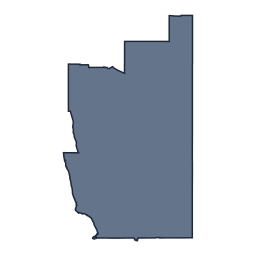 Mount Remarkable, South Australia, Australia (Mercator projection)
{"feature_id": "25037944B97955965068321", "entity_name": "Mount Remarkable", "entity_type": "district", "adm_level": 2, "iso_a3": "AUS", "parent_name": "Australia", "parent_adm1": "South Australia", "projection": "mercator", "projection_center": [138.036, -32.718], "detail": "fine", "context": "isolated", "style": "filled", "palette": "slate", "viewbox_px": 256, "rotation_deg": 0, "n_neighbors": 0, "source": "geoboundaries", "source_scale": "gbopen_adm2", "svg_char_len": 4732}
<svg xmlns="http://www.w3.org/2000/svg" viewBox="0 0 256 256"><path d="M68.4,64.1L68.4,111.2L70.3,111.2L73.1,120.7L73.2,121.0L73.3,122.9L73.2,123.2L73.2,123.6L72.8,126.2L72.7,126.7L72.8,127.0L72.8,127.4L73.3,129.4L73.4,129.9L73.4,130.2L73.4,130.5L73.2,131.5L73.2,131.8L73.2,132.1L73.2,132.4L73.3,132.7L73.4,133.0L74.0,134.5L74.1,134.9L74.2,135.1L74.2,135.4L74.2,136.5L74.3,136.8L74.3,137.1L76.2,141.6L76.3,141.9L76.3,142.3L76.4,142.7L76.2,145.2L76.2,145.5L76.2,145.8L77.9,151.5L78.2,152.1L78.6,152.8L63.5,152.7L63.6,153.5L63.7,154.2L63.7,155.0L63.8,155.5L63.7,155.8L63.8,156.0L63.9,156.5L64.0,157.2L64.1,157.5L64.1,157.8L64.2,158.6L64.5,159.6L64.5,160.0L64.8,160.1L64.5,160.2L64.5,160.3L64.7,160.9L65.0,161.6L65.3,162.3L65.5,162.7L65.6,163.0L65.7,163.3L65.8,164.1L65.8,164.4L65.8,164.5L65.7,165.4L65.9,166.4L65.9,166.5L66.0,166.6L66.3,166.9L66.6,167.1L66.8,167.4L66.8,167.5L66.7,167.4L66.5,167.2L66.4,167.2L66.4,167.3L66.5,167.5L66.6,167.9L66.8,168.3L67.0,168.5L67.3,169.0L67.5,169.4L67.6,169.7L67.7,169.8L68.0,170.3L68.1,170.5L68.5,171.4L68.8,172.4L69.0,173.0L69.3,174.0L69.3,174.5L69.5,175.0L69.6,175.9L69.8,176.4L69.8,176.9L69.8,177.2L69.9,177.6L70.0,178.2L69.9,178.5L70.1,179.1L70.2,179.6L70.4,180.5L70.6,181.0L70.6,181.4L70.7,181.7L70.8,181.9L70.9,182.2L70.9,182.7L71.0,183.2L71.1,184.2L71.1,184.5L71.1,185.0L71.2,185.4L71.3,185.6L71.6,186.6L71.9,187.6L72.1,188.2L72.2,188.8L72.2,189.3L72.2,189.8L72.3,190.2L72.4,191.0L72.5,192.0L72.4,192.5L72.5,193.2L72.5,193.3L72.5,193.5L72.8,194.1L72.9,194.3L72.9,194.7L73.0,195.2L73.3,195.9L73.4,196.3L73.5,196.5L73.8,197.5L74.5,198.8L74.6,199.1L74.6,199.5L74.9,199.8L75.0,200.1L75.1,200.3L75.1,200.7L75.2,200.9L75.3,201.1L75.4,201.3L75.7,201.9L76.0,202.7L76.2,202.8L76.3,202.9L76.5,202.9L76.5,203.1L76.4,203.3L76.3,203.6L76.3,204.2L76.2,204.6L76.1,205.0L76.3,205.2L76.5,205.0L76.9,205.1L76.9,205.3L76.7,205.7L76.4,206.1L76.3,206.5L76.2,206.8L76.1,207.2L76.0,207.5L76.0,207.8L75.9,207.9L75.8,208.1L75.5,208.3L75.6,208.7L75.6,208.9L75.6,209.1L75.4,209.5L75.4,209.8L75.4,210.0L75.5,210.1L75.9,210.7L76.2,210.9L76.5,211.2L76.9,211.5L77.2,211.8L77.4,212.0L77.5,212.0L77.8,212.2L77.9,212.3L78.0,212.5L78.2,212.8L78.3,213.0L78.6,213.1L78.8,213.1L79.1,213.1L79.3,212.9L79.4,212.7L79.7,212.7L80.1,212.8L80.9,213.1L81.2,213.3L81.4,213.5L81.7,213.5L82.3,213.8L82.7,213.9L82.8,214.0L83.0,213.9L83.1,213.6L83.5,213.5L84.0,213.6L84.8,214.0L85.2,214.2L85.7,214.4L86.1,214.7L86.6,215.1L86.6,214.9L86.8,214.9L87.2,215.1L87.7,215.4L87.7,215.5L87.9,215.7L88.0,215.7L89.0,216.4L89.1,216.5L89.3,216.7L89.4,216.8L89.6,217.0L90.0,217.4L89.7,217.1L89.6,216.9L89.9,217.1L90.0,217.2L90.2,217.3L90.4,217.3L90.5,217.5L91.1,218.1L91.4,218.4L91.5,218.7L91.7,219.0L91.9,219.3L92.0,219.5L92.3,220.4L92.4,220.5L92.5,220.6L92.8,221.0L92.8,221.3L93.0,221.4L93.1,221.8L93.5,222.6L93.7,222.9L93.9,223.6L94.1,224.6L94.2,224.8L94.9,226.4L95.1,226.7L95.5,227.4L95.8,227.9L95.9,228.2L96.1,228.6L96.3,229.0L96.5,229.0L96.6,229.3L97.0,230.3L97.1,230.6L97.2,231.2L97.3,231.7L97.5,232.1L97.6,232.3L97.8,232.5L97.9,233.1L97.9,233.4L97.9,233.8L97.7,234.1L97.7,234.3L97.4,234.3L97.2,234.1L96.8,234.0L96.7,234.0L96.7,234.6L96.8,235.0L96.6,235.1L96.4,235.2L96.2,235.2L96.2,235.3L95.9,235.5L95.6,235.7L95.5,235.8L95.5,236.0L95.7,236.5L96.0,236.9L96.3,237.2L96.0,237.2L95.8,237.2L95.7,237.1L95.6,236.9L95.4,236.8L95.2,236.7L94.8,236.7L94.7,236.6L94.4,236.4L94.1,236.5L93.9,236.6L93.4,237.0L93.2,237.2L92.8,237.5L92.7,237.6L92.7,237.9L92.8,238.2L92.8,238.3L92.8,238.5L93.0,238.6L93.3,238.6L93.6,238.7L94.0,238.9L94.4,239.0L94.8,238.9L95.0,238.8L95.2,238.6L95.4,238.6L95.1,238.5L95.2,238.3L95.4,238.1L95.4,237.9L95.5,237.9L95.6,237.7L95.8,237.7L95.9,237.9L96.2,238.0L96.3,238.1L96.5,238.3L97.4,238.0L98.6,238.0L107.4,238.0L111.7,238.1L117.8,238.1L126.1,238.0L134.0,238.0L135.0,240.1L136.4,240.1L136.4,240.6L137.5,240.6L137.5,239.0L138.0,238.7L138.0,238.0L155.3,237.9L156.4,237.6L157.0,237.6L157.7,237.7L158.1,237.6L159.5,237.5L159.6,237.9L192.3,237.8L192.3,213.6L192.3,210.6L192.3,205.0L192.3,204.0L192.3,203.6L192.3,193.7L192.3,190.3L192.3,190.2L192.4,173.4L192.4,163.5L192.3,159.4L192.4,130.8L192.4,130.6L192.4,127.5L192.4,106.6L192.4,92.5L192.4,64.0L192.5,63.9L192.5,47.9L192.5,45.6L192.5,15.4L181.1,15.4L180.8,16.1L180.7,16.1L176.1,16.1L174.8,16.0L174.7,16.0L169.2,15.6L169.2,28.0L169.2,29.6L169.2,30.3L169.2,30.5L169.2,41.5L165.3,41.4L145.1,41.4L124.6,41.4L124.6,55.2L124.5,73.3L118.5,70.6L117.2,69.9L116.8,69.7L114.0,68.1L112.7,66.7L112.0,66.9L111.4,67.4L109.9,68.1L109.6,68.4L108.1,68.6L107.7,68.2L107.0,67.4L105.1,67.5L104.9,67.5L104.9,67.4L104.5,67.5L104.0,67.0L103.8,67.4L89.1,67.4L89.1,67.6L88.7,67.6L88.7,67.3L88.9,67.3L88.4,64.8L82.3,64.8L80.0,64.9L80.0,64.2L68.4,64.1Z" fill="#64748b" stroke="#1e293b" stroke-width="1.5"/></svg>